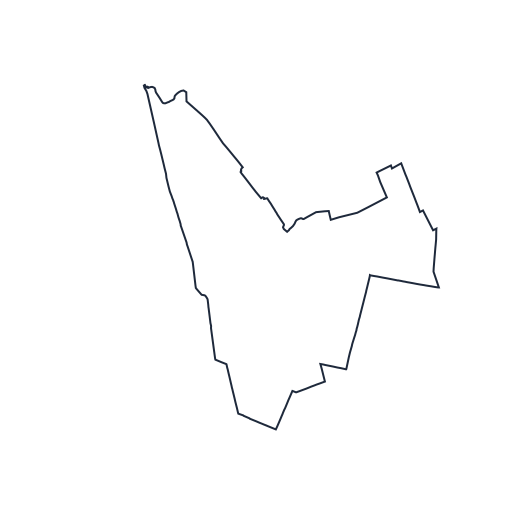 Dobra, Dâmbovita, Romania, rotated 297°
{"feature_id": "2599482B42866178812340", "entity_name": "Dobra", "entity_type": "district", "adm_level": 2, "iso_a3": "ROU", "parent_name": "Romania", "parent_adm1": "Dâmbovita", "projection": "robinson", "projection_center": [25.711, 44.799], "detail": "fine", "context": "isolated", "style": "outline", "palette": "slate", "viewbox_px": 512, "rotation_deg": 297, "n_neighbors": 0, "source": "geoboundaries", "source_scale": "gbopen_adm2", "svg_char_len": 5332}
<svg xmlns="http://www.w3.org/2000/svg" viewBox="0 0 512 512"><g transform="rotate(297 256 256)"><path d="M311.0,433.2L322.6,421.3L325.7,419.9L333.2,416.8L336.1,415.6L338.1,414.8L340.3,413.9L345.2,411.9L347.0,411.2L352.5,409.0L361.1,404.8L362.3,404.3L359.3,402.1L372.4,384.1L369.6,382.1L372.4,379.1L374.6,376.7L377.0,374.0L380.0,370.7L387.5,362.2L388.6,361.0L388.8,360.8L390.0,359.5L395.0,353.9L396.5,352.1L404.5,343.3L395.7,337.4L397.9,335.1L397.6,334.9L387.7,327.5L385.1,325.6L383.1,328.1L378.3,333.1L367.6,346.0L350.3,333.7L340.5,326.6L328.2,312.4L322.2,306.2L325.6,303.3L329.1,300.4L326.9,296.7L322.3,289.6L315.8,285.2L314.2,284.1L310.7,281.8L310.3,281.2L310.2,280.1L310.3,279.6L309.9,278.7L309.1,277.9L308.3,277.2L307.1,276.3L306.0,275.7L304.5,275.6L303.2,275.7L301.9,275.7L299.2,275.3L298.5,275.0L297.1,274.5L296.4,274.2L295.4,273.7L293.8,273.6L293.0,273.2L291.7,272.7L292.7,268.5L293.9,267.0L295.2,266.9L295.7,266.9L296.1,266.9L296.4,266.7L296.8,266.6L297.1,266.2L299.6,261.6L301.1,259.0L302.2,257.0L303.0,255.7L304.0,254.3L304.3,253.6L304.4,253.4L304.6,253.1L305.6,251.6L306.0,251.0L306.1,250.7L306.3,250.4L308.1,247.4L309.2,245.7L309.3,245.5L310.4,243.5L310.7,242.9L312.4,240.0L312.5,239.9L312.5,239.7L312.4,239.6L312.0,239.1L311.8,238.9L311.5,238.5L311.2,238.1L310.7,237.6L310.6,237.4L311.2,237.3L311.3,237.1L311.4,236.8L311.4,236.5L311.4,236.2L311.5,235.9L311.3,235.6L311.3,235.3L311.2,235.2L310.8,234.9L310.5,234.8L310.2,234.7L309.8,234.4L313.2,226.4L313.6,225.6L315.4,221.7L317.4,217.6L318.3,215.7L320.4,211.3L322.3,207.2L322.9,205.8L323.8,204.2L324.2,204.4L324.7,204.4L325.1,204.3L325.3,203.8L325.8,203.6L326.5,203.4L326.8,203.4L327.0,203.4L327.5,203.4L328.2,203.6L329.0,203.9L331.8,197.9L333.0,195.2L334.5,191.7L336.3,187.6L339.5,180.2L341.4,175.5L344.4,170.0L349.3,161.3L352.9,154.7L354.6,151.3L355.0,150.6L355.9,147.9L357.1,143.7L362.2,123.9L370.3,119.5L370.6,116.3L369.1,114.4L367.1,113.0L365.1,112.0L363.1,111.3L361.7,111.0L360.5,111.3L359.4,111.7L358.1,111.5L357.0,110.8L355.4,109.5L354.5,108.9L353.6,108.4L353.0,107.7L350.9,105.9L350.6,105.4L350.4,104.8L350.2,104.3L350.1,103.9L350.3,103.1L350.8,102.1L353.0,98.5L355.6,93.9L356.2,92.8L357.3,91.6L358.2,91.0L358.7,90.6L359.0,90.2L359.5,89.6L359.7,89.3L359.7,88.6L359.6,88.2L359.7,87.7L359.5,86.6L358.8,85.6L358.6,85.3L358.2,84.9L357.7,84.4L356.7,83.6L356.8,83.3L357.6,83.0L357.6,82.8L357.5,82.1L357.3,81.7L357.0,81.7L356.7,81.9L356.4,81.8L356.2,81.5L355.8,81.2L355.8,80.9L356.5,80.4L356.6,80.0L357.0,79.7L357.5,79.7L357.9,79.5L358.0,79.3L357.8,79.1L357.5,79.1L357.1,79.0L356.9,78.8L355.2,80.3L353.2,83.5L351.1,85.7L327.8,105.1L312.4,117.8L310.4,119.4L307.2,122.3L303.3,125.7L295.7,132.2L292.6,134.8L288.4,138.5L285.0,140.7L278.1,146.6L274.3,150.0L271.0,153.7L269.4,155.3L268.0,157.0L267.3,157.6L267.0,158.0L266.5,158.5L266.0,158.9L265.5,159.4L263.4,161.5L261.4,163.5L260.0,164.8L258.6,166.2L258.3,166.6L255.4,169.2L254.9,169.7L253.3,171.3L253.1,171.6L250.1,174.4L249.6,174.7L249.4,174.8L249.2,174.9L248.8,175.3L248.4,175.6L248.3,175.8L248.1,176.0L236.6,187.9L236.0,188.4L234.9,189.2L233.3,190.9L232.5,191.7L221.9,202.4L221.5,202.6L220.8,203.1L213.3,208.1L203.4,214.7L201.9,215.7L200.5,216.7L200.2,216.9L200.0,217.3L199.8,217.7L198.3,221.3L197.8,222.6L197.1,224.3L196.8,225.1L196.8,225.4L197.2,226.5L197.4,227.3L197.6,227.8L197.6,228.1L197.6,228.4L197.6,228.9L197.3,229.4L197.1,229.9L196.3,231.3L195.7,232.2L195.4,232.5L194.9,232.9L190.7,235.7L188.9,236.8L187.8,237.6L187.2,238.0L181.6,241.8L175.5,245.9L173.6,247.5L173.4,247.6L173.2,247.8L172.1,248.3L171.4,248.6L146.1,266.1L145.3,266.8L145.2,266.9L145.7,273.5L146.2,278.7L146.0,278.9L145.7,279.2L143.7,280.8L142.8,281.6L142.3,282.1L139.3,284.6L136.5,287.0L134.6,288.6L131.5,291.2L128.9,293.4L128.0,294.1L127.3,294.7L126.8,295.2L124.9,296.8L121.9,299.4L119.1,301.8L116.7,303.8L113.5,306.6L111.8,308.1L108.7,310.7L107.5,311.8L108.2,317.1L108.0,317.5L108.4,323.9L108.2,324.3L108.8,331.3L109.0,334.5L109.9,345.3L110.5,352.4L113.5,352.3L118.4,352.0L122.8,351.7L125.3,351.5L127.2,351.4L127.8,351.3L130.1,351.1L130.4,351.1L130.8,351.1L131.1,351.0L131.7,351.0L133.6,351.0L135.1,350.9L140.0,350.5L142.2,350.3L144.2,350.2L144.4,350.2L150.9,349.8L152.3,349.7L152.4,350.4L152.7,353.6L153.0,353.9L155.1,355.9L157.5,358.1L160.2,360.6L160.4,360.8L162.7,362.8L164.7,364.5L167.4,367.0L168.9,368.3L171.5,370.8L173.9,373.0L174.2,373.3L175.2,374.2L175.4,374.4L185.3,365.8L189.0,362.4L189.9,365.3L190.3,367.1L191.6,371.7L192.5,374.9L193.6,379.2L194.6,382.5L195.6,386.3L195.9,387.7L196.0,387.8L197.0,387.6L207.8,384.7L212.8,383.5L219.1,382.3L220.9,381.8L222.4,381.5L223.6,381.3L225.4,381.0L227.7,380.6L230.4,380.2L233.1,379.6L234.9,379.3L235.1,379.3L235.4,379.2L237.0,378.7L238.7,378.4L240.9,377.9L241.8,377.7L242.8,377.4L244.1,377.1L244.7,376.9L244.8,376.9L245.6,376.7L246.5,376.5L248.9,376.1L250.3,375.7L254.3,374.8L259.1,373.7L262.7,372.9L268.8,371.5L273.9,370.4L275.2,370.0L278.3,369.3L281.2,368.6L285.0,367.7L287.5,367.1L289.1,366.7L289.9,366.5L290.7,366.2L290.7,366.4L290.8,367.1L291.9,370.7L292.7,373.1L294.3,378.7L295.6,383.0L297.1,388.2L298.6,393.5L298.9,394.0L299.1,394.8L299.7,396.8L300.1,398.4L300.8,400.6L301.2,402.2L302.1,405.1L303.2,408.8L304.0,411.6L305.1,415.2L306.4,419.2L306.8,420.6L307.8,423.7L308.5,425.8L309.5,429.1L310.4,431.8L310.8,432.8L311.0,433.2Z" fill="none" stroke="#1e293b" stroke-width="2"/></g></svg>